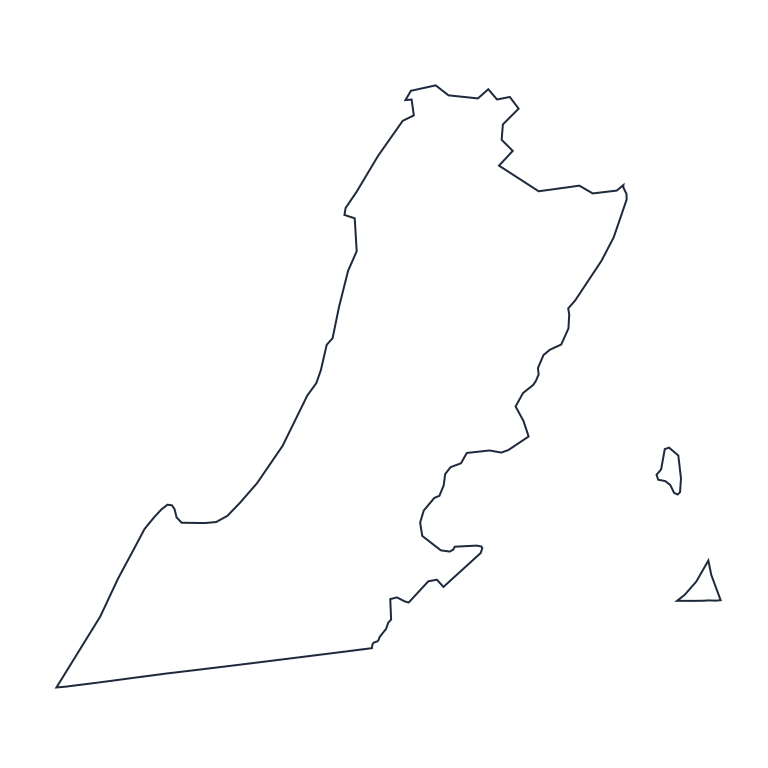 Accomack, Virginia, United States of America, rotated 179°
{"feature_id": "52423323B3829311906310", "entity_name": "Accomack", "entity_type": "district", "adm_level": 2, "iso_a3": "USA", "parent_name": "United States of America", "parent_adm1": "Virginia", "projection": "natural_earth1", "projection_center": [-75.727, 37.738], "detail": "fine", "context": "isolated", "style": "outline", "palette": "slate", "viewbox_px": 768, "rotation_deg": 179, "n_neighbors": 0, "source": "geoboundaries", "source_scale": "gbopen_adm2", "svg_char_len": 1916}
<svg xmlns="http://www.w3.org/2000/svg" viewBox="0 0 768 768"><g transform="rotate(179 384 384)"><path d="M363.1,165.1L343.1,186.0L334.5,187.4L328.1,180.1L290.3,213.3L288.6,218.0L289.4,219.8L294.2,220.8L316.0,220.1L317.8,217.1L321.2,215.3L330.1,216.7L348.4,231.4L350.3,244.8L346.5,256.7L335.7,269.2L330.6,271.2L326.1,281.5L324.4,292.9L318.9,299.7L308.4,303.4L302.4,313.6L279.6,315.7L268.0,313.4L260.8,315.8L240.3,329.0L245.2,344.6L252.8,359.2L245.2,372.5L234.7,380.6L232.1,384.4L229.2,390.9L229.8,397.3L224.0,410.2L217.5,415.4L206.1,420.4L198.6,436.4L197.6,450.1L198.5,456.4L191.4,464.2L164.4,503.4L151.8,526.6L138.2,564.1L138.2,569.7L141.4,576.6L141.1,578.8L148.0,573.3L172.0,570.9L185.2,578.9L226.0,574.0L265.2,600.3L251.2,614.8L262.1,626.1L260.6,641.5L244.6,656.9L253.2,668.8L266.0,666.5L274.6,676.9L285.1,667.9L314.5,671.5L327.1,681.7L352.0,676.7L357.6,667.5L351.4,667.9L349.5,652.1L360.7,646.8L385.9,612.3L408.0,576.7L419.3,560.7L420.6,553.7L410.4,550.2L410.0,541.3L409.0,517.2L417.9,497.9L427.7,461.6L434.6,430.7L440.6,424.2L446.9,398.9L451.7,386.0L460.8,374.0L486.5,323.9L512.7,287.0L530.3,267.5L542.9,254.9L554.3,248.9L565.6,248.1L588.7,248.8L593.7,254.2L595.6,262.5L598.1,266.4L602.6,267.1L608.7,262.5L615.7,255.3L625.9,243.3L637.4,222.5L653.3,194.1L671.8,156.4L716.8,86.3L706.9,87.0L701.7,87.6L682.9,89.6L607.0,98.3L604.8,98.5L546.1,104.5L451.3,114.6L400.7,120.1L400.1,123.9L398.8,125.6L395.3,126.7L394.0,127.9L392.8,131.1L389.9,134.6L389.3,135.4L386.3,138.9L383.9,145.3L381.0,148.4L381.5,168.8L374.8,170.4L366.9,166.2L363.1,165.1ZM51.2,162.0L60.1,187.4L62.8,201.8L75.2,181.0L87.2,167.8L94.8,162.1L84.9,161.9L72.4,161.7L71.8,161.7L71.3,161.7L65.4,161.8L64.8,162.0L55.5,161.6L55.2,161.6L51.2,162.0ZM89.9,270.7L88.7,284.4L91.0,307.4L100.1,315.4L104.4,314.0L108.4,293.8L113.1,288.5L111.5,283.5L104.5,282.0L99.6,278.1L95.8,270.0L92.3,268.4L89.9,270.7Z" fill="none" stroke="#1e293b" stroke-width="2"/></g></svg>